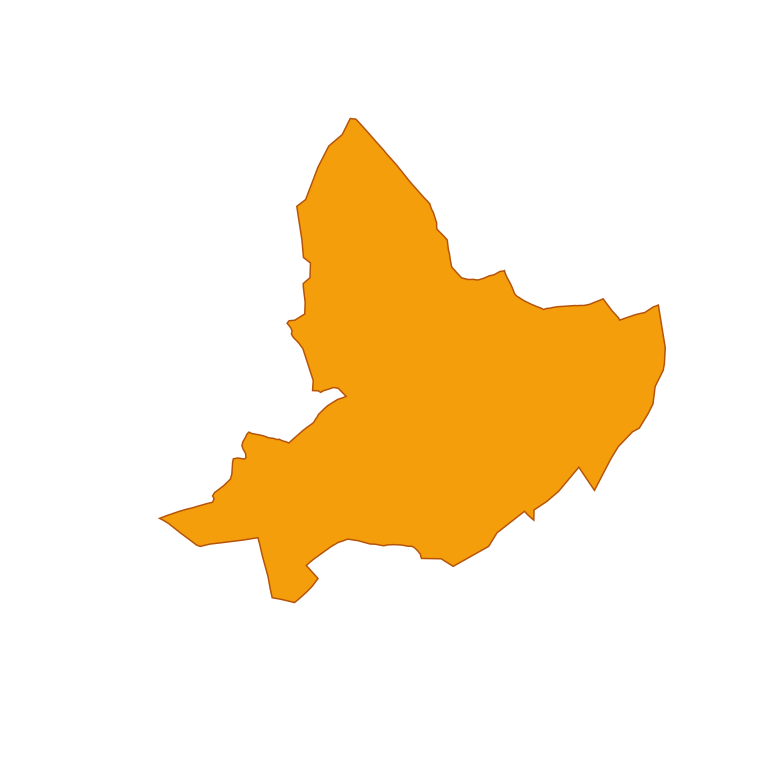 the district of Al-Diwaniya, Al-Qādisiyyah, Iraq, rotated 228°
{"feature_id": "34846034B69027693964314", "entity_name": "Al-Diwaniya", "entity_type": "district", "adm_level": 2, "iso_a3": "IRQ", "parent_name": "Iraq", "parent_adm1": "Al-Qādisiyyah", "projection": "mercator", "projection_center": [44.918, 32.02], "detail": "fine", "context": "isolated", "style": "filled", "palette": "amber", "viewbox_px": 768, "rotation_deg": 228, "n_neighbors": 0, "source": "geoboundaries", "source_scale": "gbopen_adm2", "svg_char_len": 3171}
<svg xmlns="http://www.w3.org/2000/svg" viewBox="0 0 768 768"><g transform="rotate(228 384 384)"><path d="M434.3,127.3L431.2,128.5L425.2,130.4L408.7,133.2L398.5,135.3L389.9,136.9L386.3,138.7L381.6,147.4L374.8,157.0L362.5,174.6L354.1,187.5L348.9,184.8L337.1,178.3L318.6,169.0L307.6,162.2L300.0,157.9L293.7,162.8L287.0,167.5L283.7,169.7L281.5,171.2L281.2,176.1L281.2,180.4L281.2,186.9L281.7,195.0L283.6,204.8L287.0,204.8L292.2,204.8L296.1,204.8L301.1,204.8L301.1,210.1L300.8,215.6L299.5,227.4L298.5,236.3L296.9,244.0L294.8,248.7L293.0,253.3L284.6,260.1L274.4,266.6L270.8,270.3L264.0,275.5L261.9,279.2L257.7,284.2L252.5,289.4L247.2,293.4L245.1,295.9L242.3,297.1L237.3,297.4L233.1,297.1L230.5,295.6L229.2,295.2L228.1,296.4L215.9,309.5L202.2,313.4L193.3,353.2L197.8,368.4L195.4,403.2L190.3,403.3L182.6,404.2L190.0,411.2L187.8,426.5L187.4,441.7L191.8,473.1L164.1,469.2L176.7,502.8L180.7,516.3L182.2,536.8L180.4,544.2L185.2,560.3L189.3,570.7L200.7,583.8L207.4,600.8L210.2,604.3L211.5,606.0L222.8,617.3L259.1,640.7L261.3,635.0L261.4,633.2L262.2,628.5L262.6,625.6L264.5,622.4L267.5,616.8L271.2,608.1L272.1,605.9L273.8,601.8L276.1,602.5L277.1,602.5L279.0,602.5L282.2,602.5L283.3,602.5L286.2,602.5L300.7,603.8L301.8,600.5L304.1,594.4L305.6,590.2L308.5,585.2L311.3,582.1L312.5,580.5L314.8,578.1L319.0,572.7L325.2,564.8L327.7,561.0L329.4,557.9L331.2,555.6L332.7,552.3L334.6,551.8L338.4,549.8L344.5,546.9L352.1,543.8L358.6,542.0L361.4,541.3L363.5,541.5L365.2,542.0L369.0,543.5L374.0,545.1L379.7,546.4L385.4,548.2L387.7,549.4L387.9,548.5L390.0,545.6L390.8,542.2L391.7,538.4L393.8,535.0L395.5,529.9L396.5,527.4L398.0,524.2L399.3,522.5L402.0,520.4L405.4,516.4L410.8,512.8L413.2,512.6L414.8,512.6L417.2,512.6L420.7,512.6L425.6,512.6L426.9,513.3L429.0,514.6L432.7,516.8L436.5,519.5L440.5,521.6L444.3,524.2L448.7,527.4L450.8,527.4L454.0,527.4L463.5,526.9L465.6,528.3L468.3,530.8L478.6,535.5L482.4,536.4L487.3,538.6L489.8,538.6L496.8,538.4L516.6,538.6L539.3,539.9L552.8,539.9L558.0,540.2L567.3,540.2L582.3,540.4L587.9,540.4L590.5,540.4L598.3,540.4L599.9,540.2L602.3,537.9L603.9,536.6L597.3,519.8L597.8,502.2L589.4,480.2L573.5,449.2L574.4,438.1L571.3,436.0L545.7,419.2L531.9,408.8L523.1,410.3L512.5,400.1L512.7,391.2L510.3,389.1L497.5,380.1L489.1,372.0L491.1,360.4L494.5,355.8L494.0,352.6L492.0,352.6L488.2,352.3L485.0,351.2L482.9,348.5L479.1,347.8L472.1,348.1L464.6,347.4L453.8,342.6L433.9,333.7L426.9,326.5L422.9,330.6L420.2,331.3L419.4,334.7L417.0,339.9L415.3,344.0L411.5,347.1L404.8,347.4L400.2,347.6L401.4,344.1L403.5,339.4L404.7,333.1L405.6,327.5L405.6,323.4L405.4,318.7L405.2,314.7L404.1,312.0L403.7,309.5L402.6,306.6L402.6,303.9L403.3,298.2L403.7,292.4L403.9,273.7L406.6,272.6L409.2,270.8L413.2,269.0L414.4,267.2L417.4,265.6L421.2,262.3L426.4,259.6L433.2,254.6L435.7,252.6L438.6,251.5L438.6,249.0L436.8,244.7L435.5,240.4L433.2,237.1L429.8,235.7L424.9,234.6L421.6,232.1L421.6,230.1L426.9,225.8L429.2,222.0L427.3,219.3L418.9,210.7L416.1,206.2L415.9,201.3L415.7,197.0L416.5,187.3L416.7,185.5L415.5,181.7L412.5,181.0L410.9,177.7L411.3,176.5L413.0,173.6L417.2,165.1L420.5,158.1L422.9,153.8L426.2,147.0L431.5,134.7L434.3,127.3Z" fill="#f59e0b" stroke="#b45309" stroke-width="1.5"/></g></svg>